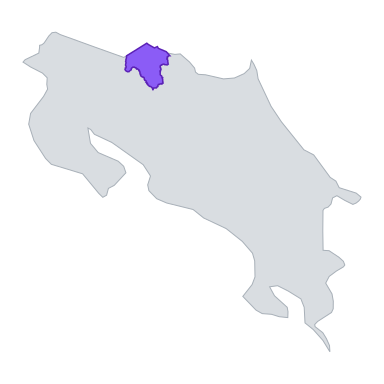 Los Chiles, Alajuela, Costa Rica shown in context
{"feature_id": "36466004B82753262426654", "entity_name": "Los Chiles", "entity_type": "district", "adm_level": 2, "iso_a3": "CRI", "parent_name": "Costa Rica", "parent_adm1": "Alajuela", "projection": "albers", "projection_center": [-84.675, 10.857], "detail": "fine", "context": "in_parent", "style": "filled", "palette": "violet", "viewbox_px": 384, "rotation_deg": 0, "n_neighbors": 0, "source": "geoboundaries", "source_scale": "gbopen_adm2", "svg_char_len": 5887}
<svg xmlns="http://www.w3.org/2000/svg" viewBox="0 0 384 384"><path d="M361.0,197.1L360.4,199.0L358.7,201.0L356.2,203.0L352.9,204.4L344.8,200.4L336.9,195.7L332.6,197.9L331.0,204.0L328.1,207.1L324.4,208.4L323.0,210.4L322.8,231.0L323.1,250.3L329.1,250.7L339.1,257.4L343.4,261.3L344.8,265.0L343.5,266.8L336.3,271.1L329.2,276.4L325.7,283.1L332.0,293.9L333.3,301.2L333.2,308.8L331.5,312.5L317.7,321.4L314.7,324.5L315.1,326.7L322.8,332.7L326.4,338.6L329.5,345.6L329.9,351.8L322.9,340.4L313.3,329.6L305.0,322.9L304.2,307.3L300.9,298.9L288.3,291.1L277.6,285.7L269.6,286.8L274.5,295.8L287.2,307.3L288.0,311.7L287.8,317.6L279.2,316.7L271.5,314.3L262.2,313.6L256.0,310.1L242.8,296.4L252.1,284.6L255.0,276.9L254.7,260.9L252.5,253.2L242.3,241.4L226.2,228.6L203.7,218.0L193.1,209.5L166.7,203.0L156.7,198.7L148.9,190.7L147.7,184.9L150.5,176.0L143.2,164.7L111.9,142.5L94.4,134.3L90.7,129.5L87.9,128.0L90.5,143.4L98.2,152.6L118.2,161.2L123.7,166.3L125.9,172.8L114.3,185.3L108.4,188.4L106.6,195.2L102.8,197.3L98.8,193.4L82.6,173.8L51.3,164.3L45.6,158.5L34.0,140.6L28.7,124.2L30.6,113.4L43.6,96.4L47.6,89.1L46.8,84.5L47.2,77.8L42.5,73.1L30.6,67.0L23.0,62.1L25.1,59.7L38.8,53.1L39.6,47.2L39.6,45.3L41.8,44.8L43.8,43.3L45.0,41.7L48.8,36.0L52.0,32.7L55.8,32.2L60.3,34.6L77.5,40.8L96.5,47.7L123.7,57.4L135.0,51.2L144.6,46.5L151.4,47.1L166.0,52.7L174.8,54.4L180.2,53.9L189.5,62.0L194.6,68.1L195.5,72.1L198.3,74.3L205.6,74.8L223.5,78.9L234.4,78.0L244.2,73.6L249.7,68.4L251.4,60.1L253.9,64.2L256.8,70.6L258.1,78.8L271.1,106.4L281.4,121.8L303.9,149.8L313.7,154.9L330.2,177.4L335.9,181.1L339.2,187.7L356.2,193.1L361.0,197.1Z" fill="#d9dde1" stroke="#a8b0b8" stroke-width="1"/><path d="M169.8,55.7L166.3,51.7L158.4,48.4L157.4,46.6L154.4,47.9L148.4,44.5L146.8,43.2L126.6,55.8L126.5,57.0L126.5,57.4L126.4,57.4L126.4,57.6L126.4,58.0L126.2,58.5L126.2,59.0L126.0,59.3L125.9,59.5L125.9,60.7L125.9,60.8L125.8,61.0L125.7,61.2L125.6,61.3L125.7,61.5L125.9,62.1L125.9,62.6L126.1,62.9L125.9,63.2L125.8,63.7L125.7,63.9L125.7,64.2L125.5,64.8L125.5,65.2L125.7,65.5L125.7,65.8L125.8,65.9L126.0,66.0L126.1,66.5L126.2,66.8L126.1,67.0L126.1,67.5L126.0,67.8L125.9,67.9L125.4,68.0L125.5,68.3L125.5,68.5L125.1,68.9L125.1,69.0L125.0,69.6L125.2,69.9L125.3,70.1L125.7,70.6L126.1,71.0L126.5,71.2L126.8,71.4L127.2,71.5L127.7,71.8L127.9,71.8L128.1,71.7L129.1,71.6L129.2,71.3L129.3,71.2L129.5,71.1L129.9,70.7L130.0,70.6L130.3,70.4L130.7,70.2L130.8,70.2L131.0,70.0L131.0,69.9L131.2,69.7L131.3,69.5L131.3,69.3L131.3,69.2L131.3,68.9L131.3,68.5L131.4,68.4L131.5,68.2L132.0,67.8L132.2,67.7L132.4,67.7L132.5,67.6L132.8,67.4L132.8,67.2L133.7,67.2L134.0,67.0L134.3,67.1L134.4,67.3L134.5,67.4L134.7,67.5L135.0,67.6L135.4,67.6L135.6,67.6L135.6,67.9L135.7,68.0L135.8,68.0L135.9,67.8L136.0,67.8L136.1,68.0L136.3,68.6L136.4,68.8L136.5,68.7L136.6,68.8L136.7,69.0L136.8,69.0L137.0,68.9L137.3,68.9L137.5,68.8L137.6,69.0L137.8,69.1L137.9,69.3L138.1,69.3L138.3,69.5L138.7,69.7L138.7,69.9L138.8,70.1L139.1,70.2L139.1,70.3L138.9,70.6L139.0,70.7L139.0,70.8L139.3,70.8L139.3,71.0L139.3,70.9L139.6,71.1L139.7,71.3L139.7,71.8L139.9,72.0L140.0,72.2L140.0,72.3L139.9,72.5L139.9,72.9L139.9,73.1L140.1,74.0L140.4,74.2L140.4,74.3L140.4,74.5L140.7,74.5L140.7,74.8L140.5,75.0L140.7,75.3L140.8,75.4L140.8,75.5L140.8,75.8L141.0,76.0L141.2,76.3L141.5,76.5L141.9,76.6L142.0,76.8L142.4,76.9L142.5,76.9L143.2,77.1L143.2,77.3L143.3,77.3L143.6,77.4L143.8,77.4L143.9,77.6L144.1,77.8L144.3,78.0L144.3,78.6L144.2,78.7L144.2,78.8L144.3,78.9L144.3,79.0L144.3,79.3L144.4,79.7L144.5,79.8L144.8,79.9L144.8,80.1L144.8,80.3L145.0,80.5L146.0,80.8L146.1,81.0L146.1,81.3L146.1,81.6L146.4,81.9L146.5,82.0L146.8,82.7L146.9,82.8L146.5,82.8L146.7,83.0L146.7,83.4L146.8,83.6L147.0,83.9L147.2,84.1L147.3,84.0L147.5,84.3L147.8,84.5L147.8,84.8L147.9,85.0L148.0,85.1L148.6,85.4L148.7,85.5L148.8,85.7L149.0,85.8L149.1,86.1L149.4,86.3L149.5,86.4L150.1,86.4L150.7,86.5L150.9,86.7L151.3,87.1L151.6,87.2L151.8,87.5L152.0,87.8L152.4,88.2L152.5,88.5L152.7,88.9L152.7,89.5L152.8,89.7L153.0,89.7L153.3,89.1L153.3,88.6L153.5,88.4L153.4,88.0L156.4,87.9L156.4,87.5L156.5,87.4L156.8,87.3L157.2,86.9L157.3,86.8L157.6,86.8L157.7,86.7L157.8,86.5L157.9,86.3L158.0,86.2L157.8,85.4L158.0,85.1L158.3,84.8L158.4,84.7L158.5,84.6L158.5,84.4L159.1,84.3L159.3,84.4L159.4,84.2L159.6,84.1L159.9,84.1L160.2,84.0L160.4,84.0L160.5,84.0L160.7,83.8L160.9,83.8L161.1,83.7L161.3,83.7L161.4,83.8L161.5,83.8L161.5,84.0L161.9,84.1L162.0,84.0L162.1,83.9L162.1,83.7L162.4,83.5L162.6,83.4L162.9,83.2L162.7,83.0L162.7,82.8L162.6,82.7L162.7,82.2L162.8,82.2L163.0,82.1L162.9,81.8L162.8,81.7L162.7,81.6L162.7,81.3L162.8,81.2L162.8,80.9L162.7,80.6L162.6,80.3L162.6,80.1L162.7,79.9L162.7,79.5L162.6,79.1L162.3,78.7L162.3,78.4L162.5,78.2L162.7,77.8L162.7,77.7L162.4,77.7L162.2,77.6L162.2,77.4L161.9,77.2L161.9,76.7L161.7,76.1L161.5,75.8L161.2,75.7L160.8,75.4L160.6,75.2L160.3,74.8L160.3,74.7L160.2,74.6L160.2,74.4L160.2,73.6L160.2,72.7L160.1,72.4L160.2,72.1L160.4,71.8L160.4,71.6L160.0,71.2L159.9,71.1L160.0,70.9L160.3,70.9L160.4,70.7L160.5,70.6L160.7,70.4L160.7,70.1L160.9,69.6L161.0,69.5L161.0,69.4L160.9,69.0L160.9,68.7L160.7,68.5L160.7,68.3L160.7,68.2L160.7,67.9L160.2,67.5L160.2,67.3L160.3,67.0L160.3,66.8L160.2,66.6L160.1,66.3L160.1,66.1L160.5,65.6L161.0,65.4L161.2,65.0L161.4,64.9L161.5,64.8L161.8,65.0L162.2,64.7L162.3,64.7L162.5,64.6L162.6,64.4L163.0,64.2L163.5,64.2L163.8,64.1L164.2,64.2L164.3,64.3L164.5,64.6L164.9,64.7L165.1,64.7L166.3,64.7L166.7,64.9L166.9,64.9L167.2,64.9L167.5,64.8L168.2,64.2L168.0,63.9L168.0,63.7L168.1,63.3L168.0,63.2L167.9,63.1L168.0,62.5L167.9,62.2L167.8,61.8L167.8,61.6L167.8,60.6L167.8,60.4L167.7,60.3L167.6,59.8L167.4,59.5L167.4,59.4L167.0,59.3L166.9,59.1L166.9,58.7L167.0,58.4L167.6,57.9L167.5,57.6L167.2,57.4L167.1,57.1L167.2,56.9L167.3,56.8L167.9,56.6L168.1,56.5L168.1,56.4L168.1,56.2L168.7,55.9L168.8,55.8L168.9,55.7L169.1,55.5L169.5,55.7L169.8,55.7Z" fill="#8b5cf6" stroke="#5b21b6" stroke-width="1.5"/></svg>